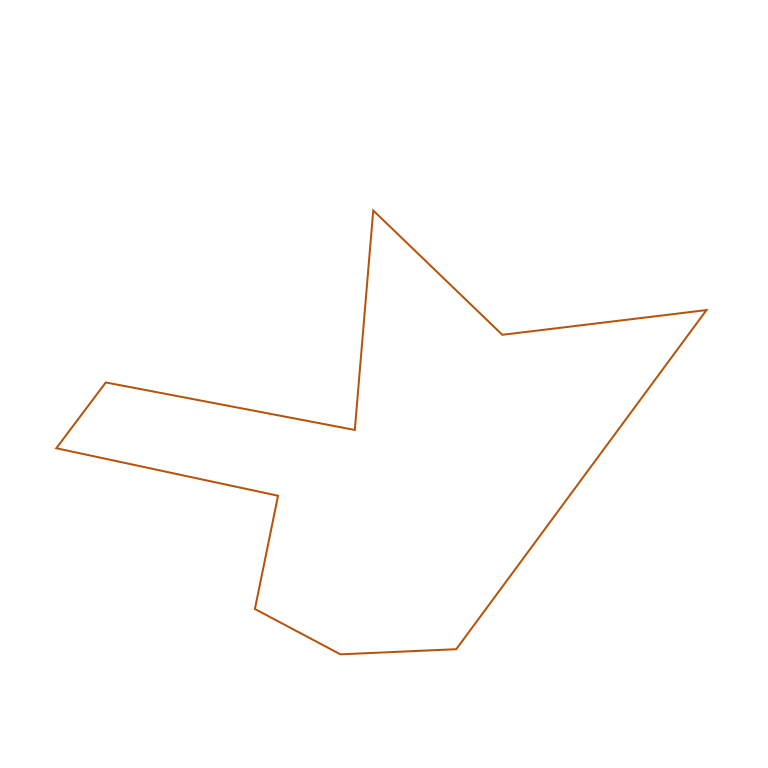 Williamsburg, Virginia, United States of America, rotated 308°
{"feature_id": "52423323B40435366156553", "entity_name": "Williamsburg", "entity_type": "district", "adm_level": 2, "iso_a3": "USA", "parent_name": "United States of America", "parent_adm1": "Virginia", "projection": "robinson", "projection_center": [-76.709, 37.278], "detail": "fine", "context": "isolated", "style": "outline", "palette": "amber", "viewbox_px": 768, "rotation_deg": 308, "n_neighbors": 0, "source": "geoboundaries", "source_scale": "gbopen_adm2", "svg_char_len": 298}
<svg xmlns="http://www.w3.org/2000/svg" viewBox="0 0 768 768"><g transform="rotate(308 384 384)"><path d="M640.8,592.6L495.6,446.9L514.1,268.7L329.8,389.3L213.9,163.8L131.6,165.3L230.7,369.3L127.2,420.8L144.1,516.0L219.5,604.2L640.8,592.6Z" fill="none" stroke="#b45309" stroke-width="2"/></g></svg>